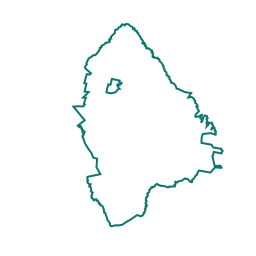 the district of Chegutu, Mashonaland West, Zimbabwe, rotated 54°
{"feature_id": "62879985B20095614329171", "entity_name": "Chegutu", "entity_type": "district", "adm_level": 2, "iso_a3": "ZWE", "parent_name": "Zimbabwe", "parent_adm1": "Mashonaland West", "projection": "albers", "projection_center": [30.348, -18.189], "detail": "fine", "context": "isolated", "style": "outline", "palette": "teal", "viewbox_px": 256, "rotation_deg": 54, "n_neighbors": 0, "source": "geoboundaries", "source_scale": "gbopen_adm2", "svg_char_len": 5736}
<svg xmlns="http://www.w3.org/2000/svg" viewBox="0 0 256 256"><g transform="rotate(54 128 128)"><path d="M184.9,61.1L184.5,60.4L183.3,60.1L182.6,58.9L181.6,58.9L181.2,59.4L180.8,58.8L178.5,57.9L178.0,59.8L178.4,61.1L178.3,62.1L178.0,61.2L177.2,60.0L177.1,58.7L176.7,58.1L174.9,57.6L174.6,57.9L173.7,57.1L172.9,57.2L171.9,58.7L171.9,59.5L172.9,62.1L173.0,63.3L172.1,62.0L171.5,62.1L171.3,61.3L170.6,60.6L170.0,61.4L169.4,60.8L169.7,60.0L169.0,60.1L168.2,59.5L166.8,59.2L166.7,58.9L166.9,57.8L166.0,57.5L165.5,57.7L164.7,57.2L163.1,58.3L163.0,58.9L163.5,59.7L163.6,61.0L165.5,63.0L166.6,65.1L166.7,65.8L165.9,64.7L164.7,63.6L163.2,63.5L162.7,63.8L162.1,63.4L161.2,60.8L160.9,60.5L160.5,61.3L160.3,63.4L159.5,65.7L158.8,66.7L158.2,66.8L156.8,65.2L156.1,60.7L151.0,60.1L151.5,59.0L150.9,58.6L149.0,58.4L147.0,58.9L146.7,58.4L145.7,57.7L144.3,58.0L143.5,57.8L143.1,57.5L140.3,58.3L138.8,61.3L136.8,56.4L133.5,59.9L131.4,61.5L129.0,62.6L128.1,63.5L126.1,64.1L124.7,65.6L122.6,64.8L119.9,64.6L118.7,64.9L117.2,66.3L116.3,65.9L115.9,66.3L114.9,65.6L114.2,65.5L112.9,65.8L112.0,65.0L110.8,64.5L110.4,64.7L110.1,65.3L109.0,64.9L107.9,65.7L105.8,64.3L104.6,64.3L103.2,64.8L102.7,64.6L102.4,64.1L101.1,63.8L100.6,64.0L99.7,63.3L98.4,63.2L98.4,62.8L95.1,62.6L92.3,63.2L91.7,62.5L90.9,62.3L90.1,62.6L89.7,63.2L89.2,62.9L88.4,62.9L88.3,63.5L87.2,64.7L86.6,65.0L86.5,65.4L85.8,65.1L85.6,65.9L84.9,66.3L84.5,66.1L84.0,65.3L83.3,65.2L82.8,64.1L81.9,63.8L81.9,64.2L80.6,64.5L80.0,63.2L79.7,63.1L79.4,63.7L78.5,63.6L76.9,64.3L76.3,64.2L75.0,65.1L75.0,65.9L74.3,66.3L73.4,65.6L71.4,66.1L71.1,65.6L71.1,65.0L69.9,65.3L69.2,64.7L68.6,64.7L68.4,65.1L68.6,66.0L67.9,65.9L67.6,66.3L66.5,64.8L64.5,64.6L64.0,65.0L63.5,64.7L62.8,64.8L60.5,64.3L59.6,64.5L58.3,64.3L57.4,64.5L56.7,64.0L55.5,64.5L54.7,63.8L53.9,64.7L52.9,65.2L52.3,64.9L51.9,64.3L51.2,64.2L50.7,64.8L50.6,65.6L49.9,65.0L49.2,65.0L46.2,66.3L44.3,66.7L43.1,67.7L43.1,68.2L42.8,68.4L42.7,68.9L43.1,69.6L42.9,70.5L42.0,70.7L41.4,71.4L40.9,71.5L40.8,71.9L41.0,73.1L41.3,73.0L41.6,73.3L41.7,75.1L41.2,76.3L42.1,78.6L42.0,79.0L41.4,79.6L41.1,80.6L43.4,82.8L44.2,88.0L44.6,88.5L45.8,89.0L45.2,89.9L45.2,90.9L45.8,91.6L46.2,91.1L47.0,91.7L47.5,92.3L47.0,94.2L46.4,95.4L45.9,95.5L46.4,98.2L46.3,99.6L45.9,100.9L46.3,101.9L46.8,101.9L46.7,102.4L47.0,102.8L46.7,103.7L47.6,104.1L47.6,104.9L48.8,106.5L48.8,107.7L49.6,109.5L49.6,110.9L49.9,111.6L48.7,113.2L48.7,114.1L48.9,114.5L48.7,115.6L49.0,116.6L48.6,117.6L48.7,119.1L49.2,119.9L49.3,120.5L50.4,122.1L51.0,123.5L52.2,123.8L53.0,126.2L53.8,127.3L54.9,127.5L62.0,125.8L62.3,127.6L60.2,129.7L66.0,137.0L67.7,135.6L73.0,141.7L75.8,138.7L77.0,146.5L78.9,144.4L82.5,149.5L83.5,149.1L84.2,151.6L81.5,155.0L78.6,159.6L96.3,158.5L96.6,167.3L97.9,167.0L97.4,166.2L97.9,166.0L98.6,165.2L98.7,165.4L98.5,166.0L99.0,166.0L99.6,166.2L99.9,165.6L100.5,165.4L100.9,165.4L101.7,166.3L102.0,166.3L101.7,165.9L101.8,165.7L102.6,166.1L102.9,165.9L103.5,166.4L103.3,165.6L104.4,165.5L105.5,166.1L105.9,165.7L106.0,166.2L105.7,166.2L105.4,166.9L106.0,166.9L106.2,167.5L106.5,167.5L106.6,167.1L107.3,167.3L107.4,169.1L107.8,169.7L108.2,169.9L108.3,169.6L114.6,171.8L122.9,172.4L126.7,172.3L131.5,173.5L134.7,171.0L141.1,176.5L149.1,177.5L143.7,189.5L145.4,191.0L147.0,191.2L147.3,192.4L148.3,192.4L149.2,192.9L150.6,192.2L151.6,191.3L151.8,191.7L151.8,193.0L152.5,193.7L153.0,193.0L153.6,192.9L155.5,193.6L157.3,194.7L157.3,195.0L158.1,194.8L159.2,195.4L159.6,194.8L161.2,196.7L161.3,197.6L162.2,197.8L162.9,198.4L163.4,198.5L163.9,197.9L165.6,198.2L166.1,198.1L166.2,197.7L166.6,197.7L166.3,197.0L166.9,195.6L168.6,196.0L169.0,195.8L169.2,195.2L169.6,195.5L170.6,195.2L171.2,195.4L171.9,196.1L172.4,195.8L172.4,195.2L172.8,195.2L173.6,195.7L174.4,195.8L174.6,195.2L176.0,194.6L177.8,194.8L179.6,195.6L180.4,195.6L181.3,196.4L182.4,197.0L183.2,196.4L183.8,196.4L185.5,197.2L186.0,197.1L188.1,197.8L188.9,198.3L191.5,198.8L192.9,198.5L194.7,198.7L195.6,199.5L197.2,199.6L197.5,199.3L199.3,195.8L199.5,194.8L200.6,194.0L202.7,190.0L203.0,188.6L202.9,186.0L203.6,179.9L203.8,171.8L204.4,171.5L205.4,170.5L206.6,170.0L207.1,169.0L207.0,168.2L207.4,167.4L206.8,166.6L206.8,165.9L205.8,165.0L206.1,164.2L204.8,162.8L204.2,161.7L203.1,161.5L203.1,160.8L202.7,160.1L202.5,159.3L201.5,159.6L201.5,158.3L200.7,157.8L199.3,158.2L198.2,156.8L198.2,156.1L197.0,156.0L197.0,155.6L195.8,155.2L195.4,154.4L194.9,154.2L194.8,153.5L195.0,152.7L194.4,152.5L194.1,151.4L193.2,151.0L192.4,151.0L192.4,148.8L191.6,147.8L190.6,147.3L190.6,145.8L189.9,144.2L190.2,144.1L190.5,143.3L189.9,143.2L190.3,142.1L190.9,141.6L190.6,140.0L190.2,139.4L190.2,138.2L190.3,137.3L190.9,137.3L192.9,136.1L194.0,135.7L194.8,134.2L195.9,133.6L196.3,132.9L197.5,131.8L198.8,131.2L199.8,130.0L199.6,129.3L199.9,128.9L199.9,128.4L200.8,127.8L201.8,125.7L202.7,124.8L202.8,124.4L202.4,123.9L201.6,124.1L201.4,124.0L201.4,122.7L200.5,122.0L199.8,121.8L199.4,121.3L200.3,121.0L200.9,120.2L200.5,119.8L200.7,118.9L201.2,118.3L201.3,117.3L202.2,115.8L202.2,111.8L202.4,111.5L202.9,111.5L203.8,110.1L204.7,109.6L207.5,109.4L208.2,108.9L208.8,108.9L209.4,108.1L209.2,107.7L208.1,107.2L208.1,106.7L207.6,106.3L207.6,104.2L206.3,101.2L206.4,99.8L204.7,97.5L204.2,95.5L212.5,87.5L211.0,80.8L215.2,75.8L215.1,75.6L212.7,75.5L209.7,80.2L200.4,76.3L200.4,75.8L197.8,72.6L203.5,67.4L202.1,64.9L200.9,65.5L199.7,64.7L193.9,70.5L190.7,70.2L183.2,77.3L179.0,74.0L176.8,71.0L180.9,63.9L184.9,61.1ZM87.7,106.7L88.1,107.0L88.1,108.4L88.4,109.6L86.7,110.2L86.7,111.1L87.1,111.6L87.9,111.8L88.8,111.8L90.0,112.1L91.2,111.9L90.8,112.5L90.9,113.9L91.7,116.7L91.5,117.7L89.6,122.0L86.4,124.4L83.2,120.9L81.2,118.3L82.7,116.9L82.7,116.7L78.8,112.2L84.7,106.9L85.5,108.1L86.5,107.8L87.7,106.7Z" fill="none" stroke="#0f766e" stroke-width="2"/></g></svg>